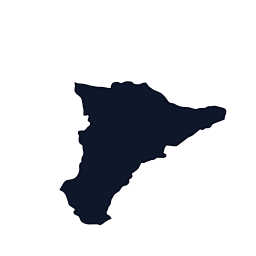 the border of Cerro Largo, rotated 327°
{"feature_id": "URY-12", "entity_name": "Cerro Largo", "entity_type": "Department", "adm_level": 1, "iso_a3": "URY", "parent_name": "Uruguay", "parent_adm1": "", "projection": "albers", "projection_center": [-54.394, -32.345], "detail": "fine", "context": "isolated", "style": "filled", "palette": "ink", "viewbox_px": 256, "rotation_deg": 327, "n_neighbors": 0, "source": "natural_earth", "source_scale": "10m", "svg_char_len": 3532}
<svg xmlns="http://www.w3.org/2000/svg" viewBox="0 0 256 256"><g transform="rotate(327 128 128)"><path d="M108.3,61.8L108.6,62.5L110.9,64.7L113.6,66.7L116.1,69.1L118.6,72.0L124.3,77.3L128.9,80.5L132.9,84.3L134.8,85.7L135.8,85.6L136.5,84.6L138.1,83.2L139.6,82.6L141.2,82.8L142.8,83.5L144.2,84.6L144.7,85.2L145.4,86.7L146.2,87.3L147.0,87.7L149.7,87.9L151.1,88.4L152.3,88.9L154.6,90.6L155.6,91.6L156.0,92.6L156.2,93.6L156.6,94.7L157.5,95.7L158.6,96.6L160.8,98.1L165.6,99.2L166.8,99.9L167.3,101.3L167.4,104.7L169.7,110.4L173.9,116.6L174.8,119.4L175.4,122.7L175.6,127.6L176.0,129.2L176.7,130.5L178.8,132.4L179.6,133.5L181.0,136.1L182.7,138.4L184.6,140.4L189.7,144.2L194.5,149.6L199.1,151.2L202.7,153.5L204.0,153.9L206.7,154.0L209.4,155.7L212.0,156.9L213.2,157.9L218.6,163.8L219.3,165.3L219.0,167.0L218.0,168.4L215.0,170.7L213.3,172.7L203.5,170.6L201.4,170.3L200.8,170.3L200.0,170.5L198.6,171.3L198.0,171.5L197.2,171.6L196.2,171.4L195.5,171.2L195.0,170.9L193.9,170.0L193.3,169.8L192.4,169.7L190.9,169.8L190.1,169.6L189.5,169.4L188.9,168.6L188.6,168.2L188.3,168.0L187.9,167.8L187.5,167.7L178.7,168.7L176.7,168.6L173.8,168.0L160.2,169.0L159.3,168.9L158.7,168.8L158.2,168.5L157.4,168.0L152.2,163.7L151.4,163.2L150.9,163.0L150.1,163.1L149.2,163.3L146.9,164.6L146.5,164.9L146.0,165.6L144.2,167.1L143.9,167.5L143.7,167.9L143.6,168.4L143.7,168.9L143.9,169.4L144.4,170.2L144.6,170.7L144.7,171.2L144.5,171.7L144.0,172.1L142.9,172.1L142.2,172.0L141.7,171.7L141.3,171.4L136.9,168.4L136.4,168.1L136.0,168.0L135.4,168.0L133.7,168.1L133.1,168.1L132.5,168.0L131.9,167.8L131.5,167.6L130.7,167.0L130.3,166.8L128.0,166.5L126.3,165.9L123.2,165.5L122.7,165.4L122.2,165.1L121.8,164.8L121.1,164.2L120.8,163.9L119.9,164.0L118.7,164.5L114.7,166.8L113.0,167.3L108.4,167.6L107.2,167.4L106.6,167.5L106.1,167.8L105.6,168.6L105.2,169.8L105.0,170.3L104.6,170.7L104.0,171.0L102.8,171.2L102.1,171.2L101.5,171.0L101.0,171.0L100.5,171.3L100.1,171.8L99.5,172.8L99.0,173.6L98.5,174.0L97.8,174.3L96.6,174.5L95.8,174.5L95.1,174.4L93.6,173.8L92.5,173.5L91.4,173.5L90.7,173.6L86.9,175.2L85.6,175.5L83.0,175.5L80.7,175.7L79.6,176.0L74.8,178.5L73.4,179.7L72.2,181.1L71.5,181.7L71.1,182.0L68.3,183.1L67.3,183.8L66.7,184.5L66.2,184.9L64.4,185.9L63.9,186.3L63.4,186.9L63.0,187.6L62.7,188.2L62.7,188.9L62.9,189.7L64.1,191.8L64.2,192.4L64.2,194.2L60.0,193.6L54.1,193.9L52.9,193.8L52.0,193.6L51.7,193.2L50.8,191.9L50.7,191.9L50.5,191.6L42.7,186.7L41.6,185.7L40.1,184.0L39.2,182.4L38.7,181.3L38.5,180.3L38.6,179.7L39.0,177.4L39.1,175.6L39.1,175.0L38.9,174.5L38.6,173.9L37.2,171.8L36.8,171.0L36.7,170.3L36.8,169.8L37.0,169.3L37.4,169.0L37.8,168.8L38.9,168.6L39.3,168.4L39.6,168.0L39.8,167.5L39.8,166.9L39.7,166.3L37.5,161.4L37.4,160.9L37.4,159.7L37.7,158.6L38.7,155.5L39.9,150.4L39.9,149.2L39.9,148.0L39.5,145.9L37.8,142.8L45.0,139.3L47.9,139.1L53.2,141.2L56.0,141.8L58.9,141.3L61.4,140.1L63.6,138.5L65.3,136.5L66.9,133.6L68.2,132.3L71.1,131.4L71.8,130.6L72.3,129.5L73.1,128.5L73.9,127.9L75.6,127.0L76.4,126.5L77.8,124.7L79.5,120.7L80.7,118.7L81.0,117.7L80.6,116.6L80.1,115.5L79.8,114.4L79.9,113.5L80.2,112.5L80.9,111.1L82.8,109.0L83.5,107.6L83.7,105.4L84.6,104.4L86.6,105.1L89.9,107.0L91.2,106.9L92.9,106.4L94.7,105.9L96.4,105.7L98.3,105.1L99.5,103.7L99.8,101.9L98.9,100.4L99.7,99.2L101.8,97.6L102.3,96.3L102.1,94.7L101.0,94.3L99.6,94.1L98.4,93.0L101.2,89.0L102.2,86.1L103.3,84.0L105.3,79.1L105.7,77.4L105.3,75.0L103.9,70.7L104.0,68.4L104.4,67.5L105.1,66.4L105.9,65.5L106.5,65.1L106.8,64.7L107.9,62.4L108.3,61.8L108.3,61.8Z" fill="#0f172a" stroke="#020617" stroke-width="1.5"/></g></svg>